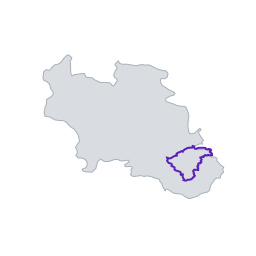 Južno-Backi highlighted on a map of Republic of Serbia, rotated 155°
{"feature_id": "SRB-1059", "entity_name": "Južno-Backi", "entity_type": "District", "adm_level": 1, "iso_a3": "SRB", "parent_name": "Republic of Serbia", "parent_adm1": "", "projection": "albers", "projection_center": [19.57, 45.457], "detail": "fine", "context": "in_parent", "style": "outline", "palette": "violet", "viewbox_px": 256, "rotation_deg": 155, "n_neighbors": 0, "source": "natural_earth", "source_scale": "10m", "svg_char_len": 6456}
<svg xmlns="http://www.w3.org/2000/svg" viewBox="0 0 256 256"><g transform="rotate(155 128 128)"><path d="M141.2,98.7L146.7,100.3L149.2,101.9L150.5,103.9L154.0,105.2L159.7,105.8L163.7,107.8L166.0,111.4L169.6,110.4L174.4,104.8L179.2,103.2L184.1,105.7L186.8,107.7L187.3,109.3L186.3,110.1L183.6,109.8L181.4,110.9L179.7,113.4L179.6,115.9L180.9,118.6L182.7,120.4L184.9,121.3L186.2,122.7L186.4,124.5L187.0,124.9L185.7,125.8L184.4,127.1L183.7,129.2L183.7,132.7L179.4,135.5L177.8,136.1L177.1,137.9L176.2,142.9L176.5,146.7L177.1,148.6L177.4,150.2L178.9,152.1L180.3,155.0L181.3,158.9L183.3,161.8L188.3,164.6L190.7,166.2L192.6,168.6L194.1,170.9L198.2,173.7L198.0,175.9L197.2,178.0L196.3,179.0L194.4,181.8L192.5,183.4L189.5,188.3L184.4,188.8L183.2,189.2L181.3,190.6L180.5,193.0L181.4,194.9L181.4,196.8L180.6,200.6L182.0,204.6L183.9,206.3L184.2,207.4L184.0,209.3L181.4,213.2L180.7,214.6L178.0,215.4L177.0,215.1L175.6,213.8L174.3,213.5L171.1,215.2L167.9,216.2L165.2,215.6L162.7,215.5L160.9,216.2L159.6,216.5L157.0,218.2L152.9,219.6L150.9,219.4L150.2,217.8L149.3,215.6L149.7,214.6L152.4,212.8L152.7,211.1L156.3,202.9L157.0,200.3L157.0,199.4L156.0,198.9L153.9,199.0L144.4,195.9L144.8,192.1L142.0,190.2L139.0,188.4L138.4,186.4L135.1,182.4L132.6,180.2L129.6,179.1L126.9,177.5L125.3,176.5L124.6,174.6L124.5,173.5L123.7,172.4L122.5,172.6L120.3,174.1L117.7,175.4L117.3,176.4L118.2,178.6L118.9,180.0L118.7,181.4L117.8,183.1L112.8,187.0L112.2,188.3L113.2,190.5L112.6,191.5L108.3,192.9L108.4,191.7L108.2,189.9L105.7,187.9L102.2,186.4L94.5,181.1L91.6,180.4L88.9,179.8L85.1,177.3L83.2,176.9L81.1,175.0L76.4,168.9L72.4,165.6L69.7,163.9L69.0,162.2L68.8,160.5L68.9,160.0L71.0,157.6L72.5,157.2L74.6,157.2L75.9,158.4L77.7,158.6L78.6,157.1L79.1,154.9L78.9,152.0L74.7,145.4L71.1,140.8L70.7,139.7L71.5,138.9L72.8,138.4L74.1,138.8L77.6,139.2L81.0,138.7L82.1,137.6L82.2,136.1L80.9,134.7L77.0,130.9L73.9,127.5L70.3,125.0L67.7,123.9L66.9,122.6L66.6,121.2L66.9,118.7L67.1,115.4L67.7,113.4L70.1,109.5L72.4,105.5L73.9,101.5L74.6,97.9L74.3,96.8L73.1,96.0L70.6,95.2L67.1,95.9L64.1,97.2L63.0,97.3L62.6,95.7L63.1,95.0L64.0,95.1L64.8,95.4L65.6,94.6L66.1,92.4L64.9,84.8L67.1,84.1L67.2,83.0L67.4,82.0L69.7,83.4L72.9,83.4L75.7,83.1L76.1,82.4L76.1,81.3L75.5,80.4L74.5,79.7L73.8,78.7L71.9,78.2L66.0,75.4L63.1,72.5L63.2,69.4L64.1,67.7L65.1,67.1L64.8,66.5L61.5,65.0L60.3,63.0L61.3,60.4L59.6,55.2L57.8,52.0L59.6,50.6L59.9,48.6L60.0,47.5L60.7,47.5L63.6,46.2L64.7,45.1L65.3,43.9L66.0,43.6L67.9,44.9L69.9,45.1L72.2,44.2L73.9,43.0L75.9,42.0L76.9,41.3L78.0,40.3L80.4,37.1L83.1,36.4L86.7,37.2L90.6,37.5L93.5,36.8L100.9,37.7L102.5,38.4L103.5,39.2L105.5,41.9L107.4,45.4L110.0,47.0L113.1,48.9L114.7,50.3L117.1,54.5L119.0,56.5L119.6,56.4L120.2,55.9L120.6,55.4L121.1,55.8L121.1,57.1L121.3,59.9L120.9,63.0L121.6,65.8L121.6,66.7L121.2,67.5L121.3,68.2L121.9,69.0L124.5,70.9L126.9,73.7L129.6,75.7L132.1,77.0L133.7,77.1L136.4,79.4L141.5,81.0L143.2,81.5L144.3,82.5L145.2,83.6L145.3,84.8L144.5,85.4L143.4,87.0L143.0,89.0L142.2,89.5L141.4,89.6L140.8,90.2L140.9,91.0L141.6,91.8L142.7,92.5L144.8,93.2L146.9,94.3L146.8,95.1L146.5,96.1L143.9,96.5L142.0,96.7L141.1,97.1L141.2,98.7Z" fill="#d9dde1" stroke="#a8b0b8" stroke-width="1"/><path d="M63.0,70.4L62.9,69.8L62.8,69.0L63.3,67.8L63.5,67.9L63.5,68.0L63.8,68.4L63.9,68.5L64.0,68.6L64.5,68.4L64.8,68.3L65.0,68.4L65.2,68.6L65.6,68.8L66.0,68.9L66.2,69.0L66.3,69.1L66.3,69.4L66.4,69.5L66.5,69.6L66.8,69.8L67.0,69.8L67.4,69.8L67.5,69.8L67.6,69.7L67.8,69.6L68.0,69.6L68.8,69.9L68.9,70.0L69.0,70.2L69.1,70.3L69.1,70.5L69.2,70.8L69.3,70.9L69.6,70.8L70.1,70.7L70.5,70.6L70.8,70.5L71.1,70.5L71.3,70.5L71.4,70.4L71.4,70.1L71.5,69.9L71.7,69.7L71.8,69.7L72.0,69.8L72.3,70.2L72.4,70.4L72.5,70.5L72.8,70.7L73.0,70.6L73.3,70.5L73.7,70.4L74.0,70.5L74.3,70.5L74.9,70.7L75.0,70.2L75.0,69.9L74.9,69.7L74.7,69.4L74.7,69.2L74.7,68.9L74.6,68.6L74.6,68.3L74.6,68.2L75.1,67.8L75.7,67.5L75.9,67.5L76.1,67.4L76.1,66.9L76.0,66.7L75.9,66.1L76.5,65.9L76.8,65.9L77.0,65.8L77.2,65.6L77.3,65.5L77.5,65.5L78.2,65.9L78.5,66.1L78.8,66.2L79.0,66.1L79.3,65.9L79.5,65.8L79.6,65.7L79.7,65.4L79.9,65.2L80.0,65.0L80.0,64.9L80.0,64.6L80.1,64.3L80.1,64.2L80.3,64.1L80.8,64.1L81.0,64.1L81.3,64.0L81.3,63.9L81.4,63.6L81.5,63.2L81.5,62.9L81.4,62.6L81.3,62.3L81.2,62.3L81.2,62.2L81.3,62.1L81.4,61.7L81.5,61.6L81.8,61.4L81.8,61.2L81.9,60.9L82.2,60.3L82.7,60.6L82.9,60.7L83.1,60.8L83.4,61.1L83.5,61.2L83.7,61.3L83.8,61.3L84.1,61.4L84.3,61.5L84.6,61.6L85.2,62.0L85.4,62.2L85.9,62.1L86.1,62.1L86.3,62.0L86.5,61.8L86.8,61.7L87.0,61.6L87.2,61.4L87.2,61.2L87.2,60.8L87.1,60.6L87.1,60.3L87.1,60.2L87.3,59.7L87.5,59.3L87.7,59.0L87.7,58.9L87.8,58.7L87.8,58.4L87.7,58.3L87.6,58.2L87.8,57.8L87.9,57.6L87.9,57.3L87.9,57.2L87.7,56.9L87.6,56.5L88.1,56.1L88.3,56.0L88.6,56.0L88.9,55.8L89.0,55.8L89.6,55.8L89.9,55.8L90.0,55.7L90.3,55.6L90.6,55.5L91.0,55.1L91.7,55.0L91.8,55.0L92.0,54.9L92.3,54.9L92.6,54.9L92.9,54.9L93.0,54.9L93.4,55.1L93.5,55.1L94.0,55.1L94.5,55.3L94.8,55.4L95.0,55.5L95.3,55.7L95.5,55.8L95.9,55.8L97.5,55.8L98.1,56.0L98.3,56.1L98.5,56.1L98.7,56.4L98.8,56.6L99.0,56.8L99.4,57.1L99.5,57.2L99.1,57.3L98.8,57.6L99.0,58.6L99.2,59.6L99.1,60.6L98.6,61.8L97.9,62.6L97.9,62.9L98.5,63.0L99.4,63.0L99.8,63.1L99.9,63.7L99.8,63.9L99.5,64.3L99.2,64.8L99.0,65.5L99.2,66.0L99.5,66.5L102.6,69.3L103.4,70.4L102.5,72.6L102.9,73.4L104.0,74.5L104.6,75.2L104.2,75.5L104.0,75.9L103.8,76.4L103.6,76.8L104.2,77.7L105.8,79.0L106.2,80.2L106.4,81.3L106.3,82.0L105.4,82.5L105.3,83.2L105.2,83.9L105.1,84.5L104.4,83.8L103.2,82.9L102.0,82.5L98.0,83.0L97.3,82.9L95.4,82.3L95.0,83.0L95.0,83.3L95.2,83.5L95.3,83.6L95.2,83.7L95.2,83.8L94.7,84.1L94.4,84.3L94.0,84.4L93.8,84.4L93.6,84.4L93.0,84.5L92.8,84.5L92.7,84.5L92.6,84.4L92.1,84.4L91.5,84.4L91.4,84.3L91.1,84.3L90.5,84.3L89.9,84.3L89.7,84.3L89.3,84.4L89.2,84.4L88.8,83.9L88.4,83.4L88.1,83.7L87.9,83.9L87.8,84.0L87.7,84.0L87.2,84.1L86.8,84.2L86.6,84.4L85.9,84.6L84.0,84.6L83.6,84.6L83.4,84.6L82.9,84.8L82.7,84.8L82.3,84.7L81.9,84.5L81.5,84.4L81.4,84.4L81.0,84.3L80.9,84.3L80.7,84.2L80.4,84.0L80.3,83.9L80.2,83.9L79.9,83.8L79.7,83.7L78.7,83.4L78.4,83.3L78.3,83.2L78.2,83.1L77.8,83.2L77.7,83.2L77.7,83.3L77.6,83.5L77.3,84.1L77.2,84.2L77.1,84.3L76.9,84.4L76.7,84.3L76.6,84.2L76.4,83.9L76.1,83.5L75.9,83.2L76.2,82.8L76.3,81.7L76.0,80.8L75.4,80.5L72.4,80.2L71.5,79.8L69.4,78.8L68.1,78.3L66.3,77.2L66.2,76.2L66.1,75.8L65.6,75.3L65.1,75.1L64.7,75.0L63.9,75.0L63.4,74.6L63.2,74.3L62.8,74.2L62.2,73.8L62.1,72.8L62.8,72.4L63.7,72.3L64.0,71.7L63.5,70.9L63.0,70.4Z" fill="none" stroke="#5b21b6" stroke-width="2"/></g></svg>